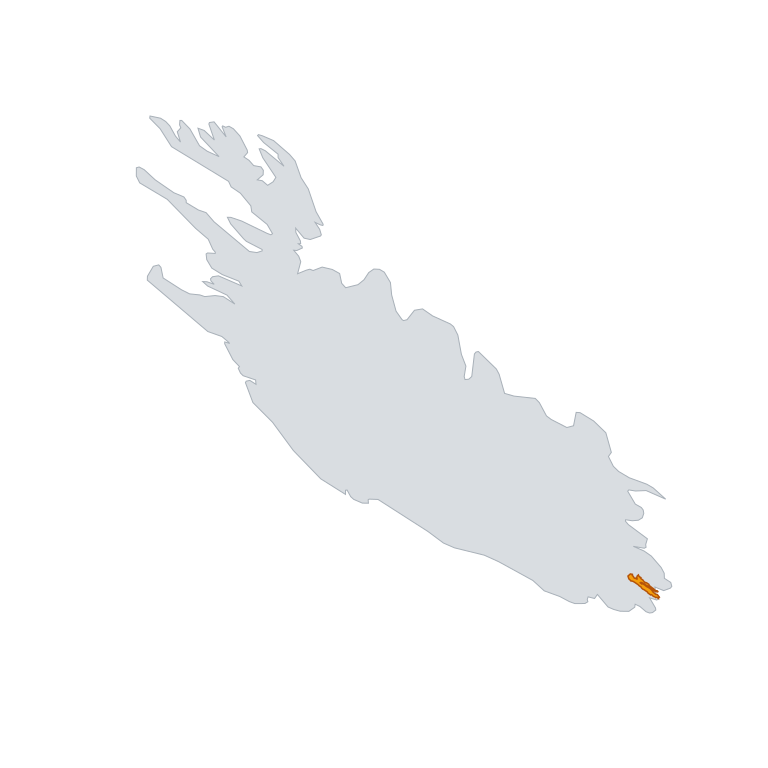 location of Seyðisfjarðarkaupstaður, Austurland, Iceland, rotated 42°
{"feature_id": "244011B63317643398592", "entity_name": "Seyðisfjarðarkaupstaður", "entity_type": "district", "adm_level": 2, "iso_a3": "ISL", "parent_name": "Iceland", "parent_adm1": "Austurland", "projection": "equal_earth", "projection_center": [-13.887, 65.265], "detail": "fine", "context": "in_parent", "style": "filled", "palette": "amber", "viewbox_px": 768, "rotation_deg": 42, "n_neighbors": 0, "source": "geoboundaries", "source_scale": "gbopen_adm2", "svg_char_len": 7708}
<svg xmlns="http://www.w3.org/2000/svg" viewBox="0 0 768 768"><g transform="rotate(42 384 384)"><path d="M609.5,291.7L616.9,292.0L628.9,289.6L646.4,282.6L653.7,281.1L670.4,281.1L650.1,287.8L642.4,295.3L636.8,298.9L636.8,300.6L651.1,305.1L657.9,303.6L660.9,304.2L663.6,306.3L665.5,310.6L664.2,315.0L660.0,319.5L654.4,323.2L655.2,324.4L659.7,325.0L683.3,322.8L685.9,328.2L688.0,330.0L687.3,331.9L677.9,337.8L689.0,334.1L697.8,333.0L712.7,334.9L718.8,337.1L722.4,340.8L729.9,339.6L733.3,341.8L733.4,344.1L730.1,350.4L721.2,353.6L726.5,358.1L731.0,358.2L731.8,359.3L731.3,362.0L724.4,365.2L735.7,368.8L737.2,370.1L736.5,374.2L734.6,376.5L731.1,377.9L723.0,378.1L718.0,379.6L719.7,382.1L718.1,389.1L711.6,394.8L705.6,397.8L699.7,399.8L683.4,397.6L684.0,402.5L678.1,405.6L679.2,408.1L681.2,409.4L680.2,412.7L672.7,419.5L667.3,421.7L656.8,424.3L641.5,430.5L626.1,430.4L588.2,439.3L573.1,444.1L546.0,458.6L534.6,462.4L515.3,464.2L456.8,473.8L450.0,479.5L449.7,480.7L452.2,483.0L447.6,487.0L438.7,490.0L434.6,490.0L427.5,487.5L426.5,488.7L429.3,491.8L400.5,496.8L361.2,494.1L326.7,487.0L299.0,485.5L280.1,475.7L279.7,474.1L281.9,471.1L289.1,469.9L285.9,466.9L273.8,472.1L270.0,471.9L265.1,469.8L265.0,467.8L255.3,467.0L238.7,460.7L237.5,459.3L241.7,457.3L241.0,456.9L231.7,457.2L218.0,462.9L138.6,465.2L136.1,462.2L133.8,450.9L136.9,446.2L140.2,446.6L148.9,453.0L170.4,449.5L179.2,447.1L187.6,441.0L192.3,439.0L199.3,431.3L206.1,426.6L219.7,424.4L207.8,423.0L187.4,429.2L180.7,429.2L184.0,426.5L191.1,423.5L186.4,423.2L184.7,421.9L184.8,419.0L188.6,414.4L212.7,406.3L207.3,404.7L190.6,410.9L178.5,413.1L169.1,410.2L164.8,406.4L165.2,404.7L171.2,399.9L170.4,398.9L166.5,398.4L156.5,394.0L139.9,394.4L99.3,391.8L67.9,398.0L60.8,395.2L55.3,389.0L56.8,386.6L62.3,385.2L77.3,385.4L99.8,382.5L110.1,378.9L114.0,379.8L115.7,381.6L129.6,378.9L137.1,375.7L149.2,377.2L195.3,375.6L201.6,371.4L204.4,366.6L203.4,365.6L186.2,370.1L182.3,370.0L162.9,367.6L156.1,364.9L158.6,362.7L169.3,358.1L196.3,350.3L200.1,348.8L200.6,346.9L190.4,343.6L170.6,344.6L165.8,340.7L149.6,338.3L138.5,339.8L132.9,337.4L67.3,349.8L46.8,344.1L32.0,343.2L30.8,341.4L40.1,336.0L46.1,335.0L52.1,335.5L63.1,339.3L70.9,340.4L61.6,334.9L61.6,329.6L58.7,328.2L56.0,324.7L57.3,323.5L69.1,324.3L87.5,330.4L96.9,329.3L109.3,325.4L82.4,323.2L74.6,318.4L80.7,315.9L94.7,316.2L79.9,308.0L79.3,306.5L82.3,302.9L101.4,306.0L91.6,301.2L91.4,300.1L94.5,299.2L96.3,296.2L101.3,295.1L111.0,296.1L125.8,301.7L127.8,303.3L127.9,309.0L134.0,308.1L141.0,308.9L147.3,305.0L151.3,305.9L154.2,309.4L153.2,317.1L157.5,314.4L164.6,314.2L166.3,307.9L165.4,302.8L142.6,297.0L133.9,292.8L135.1,291.4L139.7,290.1L164.0,289.1L153.8,286.6L151.5,284.1L133.0,285.1L123.8,284.0L123.8,282.7L127.6,280.9L139.1,277.0L160.2,276.6L168.7,277.7L184.4,286.2L197.2,289.7L218.2,301.4L231.9,306.0L232.5,307.1L230.1,308.4L224.6,310.0L232.7,312.1L237.6,315.1L237.8,316.5L232.5,326.0L227.0,329.1L214.1,327.3L217.0,330.3L226.1,333.6L228.1,335.4L226.5,337.1L231.0,336.6L232.3,337.6L229.9,343.1L227.4,345.0L235.1,346.1L240.3,348.8L246.0,359.9L250.1,351.4L252.1,348.3L255.4,347.1L259.8,338.5L268.9,333.5L277.1,331.6L285.2,337.5L291.1,338.1L298.2,327.6L299.4,319.9L298.1,311.4L299.5,305.4L303.9,301.8L309.4,300.7L320.9,304.3L330.1,312.7L344.2,321.8L354.3,324.1L356.1,323.8L358.1,320.8L357.3,308.8L362.4,302.4L374.5,300.9L393.1,295.0L397.3,294.8L406.1,298.2L421.7,310.2L432.9,315.9L438.6,324.8L441.2,326.5L443.8,323.7L444.2,319.7L431.1,301.2L431.0,298.7L432.4,296.7L457.5,297.7L463.0,299.7L479.9,310.3L488.7,306.0L506.1,293.5L511.9,293.9L526.1,299.0L531.9,298.5L549.0,294.0L552.8,288.2L545.8,276.5L548.9,274.1L564.6,271.2L581.5,271.8L598.7,282.7L599.3,287.7L609.5,291.7Z" fill="#d9dde1" stroke="#a8b0b8" stroke-width="1"/><path d="M731.1,358.2L730.9,358.1L730.7,358.0L730.2,358.1L729.8,357.9L729.7,357.9L729.3,357.9L729.2,357.8L728.8,357.8L728.6,357.7L728.4,357.6L728.2,357.6L727.9,357.7L727.7,357.7L727.6,357.8L727.4,358.0L727.1,358.2L726.9,358.3L726.7,358.5L726.0,358.5L725.8,358.5L725.7,358.5L725.4,358.5L725.2,358.5L724.8,358.5L724.7,358.5L724.4,358.5L724.0,358.6L723.6,358.6L723.1,358.6L722.9,358.4L722.7,358.4L722.4,358.3L722.1,358.3L721.9,358.3L721.7,358.2L721.4,358.2L721.0,358.0L720.9,358.1L720.5,358.0L720.4,358.0L719.9,358.0L719.6,357.9L719.3,358.0L718.9,358.0L718.7,358.0L718.4,358.0L717.6,358.1L717.0,358.2L716.9,358.3L716.6,358.3L716.4,358.3L716.1,358.3L716.0,358.5L715.3,358.7L715.0,358.8L714.7,358.8L714.4,358.9L714.1,358.9L713.6,358.9L713.1,358.9L712.9,358.9L712.4,358.9L712.2,358.9L711.7,359.1L711.2,359.1L710.9,359.1L710.6,359.2L710.3,359.3L710.0,359.4L709.6,359.5L709.3,359.7L709.2,359.8L709.0,360.0L708.9,360.0L708.7,360.1L708.8,360.0L708.7,360.0L708.8,360.1L708.7,360.1L708.3,360.1L708.2,360.1L708.3,360.2L708.2,360.3L707.9,360.3L708.0,360.2L707.9,360.1L708.0,360.0L707.9,360.0L707.8,359.9L707.8,359.7L708.0,359.5L708.0,359.4L708.1,359.2L708.4,359.1L709.1,358.9L709.9,358.7L710.2,358.7L710.3,358.6L710.5,358.5L710.9,358.5L711.1,358.4L711.5,358.4L711.9,358.3L712.4,358.3L712.8,358.3L713.3,358.2L713.6,358.1L714.1,358.0L714.4,357.9L714.6,357.9L714.9,357.8L715.0,357.7L715.4,357.5L715.5,357.4L715.9,357.2L716.1,357.2L716.4,357.1L716.5,357.0L717.0,356.9L717.3,356.8L717.7,356.8L718.0,356.8L718.2,356.7L718.5,356.7L719.2,356.7L719.4,356.8L720.0,356.8L720.5,356.9L721.1,356.9L721.5,356.9L721.8,356.9L722.0,356.9L722.3,356.9L722.5,356.9L722.8,356.9L723.0,356.9L723.5,356.9L723.8,356.8L723.9,356.6L724.0,356.6L724.4,356.5L724.5,356.5L724.7,356.4L724.8,356.4L724.9,356.2L725.0,356.2L725.3,356.1L725.5,356.0L725.6,355.9L725.9,355.8L726.0,355.7L726.4,355.5L726.5,355.4L726.5,355.1L726.4,355.1L726.1,354.9L725.8,354.9L725.6,354.9L725.2,354.9L725.1,355.0L725.6,355.3L724.6,355.7L723.9,355.8L723.4,355.9L723.1,355.9L721.1,355.8L720.0,356.0L717.0,356.2L716.4,356.2L716.0,356.1L715.1,355.8L714.5,355.6L714.1,355.8L713.9,355.8L713.7,355.9L712.6,355.9L712.3,356.0L711.8,356.2L711.3,356.3L711.2,356.4L711.1,356.8L710.3,356.9L709.4,356.8L708.5,356.7L708.0,356.6L707.5,356.4L706.3,356.6L705.6,356.7L704.9,356.6L704.6,356.5L703.9,356.4L704.0,356.1L703.7,356.2L703.1,356.2L702.3,356.3L702.1,356.2L701.9,356.2L701.4,356.0L701.2,355.9L700.8,355.7L700.7,356.7L700.6,356.9L700.8,357.5L701.2,358.2L701.2,358.3L701.1,358.7L701.0,358.9L701.1,359.0L701.5,359.2L701.8,359.2L702.2,359.4L702.4,359.5L702.8,359.5L703.1,359.5L702.9,359.6L701.2,360.1L700.8,360.3L700.5,360.5L700.0,360.8L699.1,360.5L698.3,360.3L697.5,360.1L697.1,360.1L696.9,360.1L696.6,360.0L696.4,360.0L696.3,359.9L696.2,359.8L696.1,359.3L696.0,359.2L695.6,359.4L695.4,359.6L694.9,359.9L694.6,360.0L694.2,360.3L694.1,360.5L694.1,360.8L694.1,361.1L694.0,361.9L693.9,362.3L693.9,362.6L693.9,362.8L693.8,363.5L695.0,364.2L696.2,364.9L696.4,365.0L696.7,365.0L697.8,365.0L698.4,365.0L698.7,365.1L699.3,365.2L699.5,365.1L699.6,364.8L699.9,364.6L700.2,364.5L701.2,364.0L701.7,363.9L702.1,363.8L702.5,363.8L702.8,363.7L703.3,363.6L704.2,363.5L704.8,363.4L705.2,363.4L705.6,363.3L706.1,363.2L707.1,363.1L707.4,363.1L707.5,363.1L708.0,363.2L708.9,363.2L709.1,363.1L709.7,363.1L710.0,363.0L710.1,362.9L710.3,362.8L710.5,362.8L711.3,363.1L711.6,363.2L712.0,363.3L713.2,363.3L713.6,363.3L713.8,363.2L714.2,363.1L714.7,362.9L715.8,362.7L716.2,362.7L716.6,362.7L717.5,362.5L718.4,362.4L718.6,362.3L718.9,362.3L719.3,362.5L720.2,362.7L720.4,362.7L721.1,362.6L721.9,362.5L722.6,362.4L723.2,362.4L723.4,362.0L723.5,361.9L723.6,361.7L724.0,361.6L724.8,361.5L725.8,361.6L726.3,361.5L726.8,361.4L727.0,361.2L727.6,361.0L728.8,360.9L728.8,360.7L729.0,360.4L729.4,360.1L729.6,360.0L730.4,359.9L731.1,359.7L731.4,359.7L731.1,359.4L731.0,359.1L730.7,358.9L730.7,358.7L730.8,358.6L730.8,358.4L731.1,358.2L731.1,358.2Z" fill="#f59e0b" stroke="#b45309" stroke-width="1.5"/></g></svg>